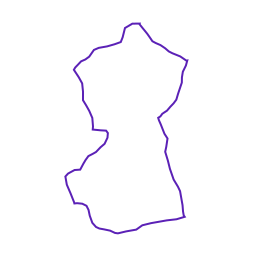 the district of Zardab District, Zərdab, Azerbaijan, rotated 80°
{"feature_id": "54616110B34042895235078", "entity_name": "Zardab District", "entity_type": "district", "adm_level": 2, "iso_a3": "AZE", "parent_name": "Azerbaijan", "parent_adm1": "Zərdab", "projection": "robinson", "projection_center": [47.712, 40.25], "detail": "fine", "context": "isolated", "style": "outline", "palette": "violet", "viewbox_px": 256, "rotation_deg": 80, "n_neighbors": 0, "source": "geoboundaries", "source_scale": "gbopen_adm2", "svg_char_len": 1373}
<svg xmlns="http://www.w3.org/2000/svg" viewBox="0 0 256 256"><g transform="rotate(80 128 128)"><path d="M27.2,98.4L26.0,105.6L29.0,113.6L37.7,117.5L42.1,120.2L43.0,125.5L43.2,126.7L44.0,134.4L44.0,142.9L45.2,148.0L51.0,153.8L53.1,158.1L54.2,162.6L59.3,169.5L61.3,171.2L69.4,167.7L76.1,165.4L84.4,166.0L92.8,167.5L98.4,165.3L104.4,163.2L111.9,161.4L120.4,162.2L123.4,163.0L125.5,155.5L126.8,150.0L129.5,148.7L134.0,149.9L139.5,153.8L142.2,158.4L146.1,163.7L147.3,167.1L148.8,171.9L152.2,175.4L154.2,177.1L155.1,177.9L160.7,182.3L160.1,187.9L161.9,193.3L162.5,195.0L164.9,198.1L173.2,198.1L182.5,195.9L191.7,194.0L193.0,193.9L193.2,191.2L194.6,186.2L197.4,182.4L201.8,181.1L207.7,180.9L215.2,179.6L219.9,176.7L222.0,173.7L223.7,169.1L226.0,163.4L229.1,159.0L230.0,156.2L229.5,147.8L229.5,137.5L226.3,130.8L225.7,121.8L225.7,105.9L226.3,96.1L225.3,87.6L223.8,88.3L219.8,88.3L213.5,87.7L206.9,87.7L199.2,87.7L194.5,89.0L186.7,92.0L175.5,93.8L167.0,94.4L157.9,95.5L153.2,93.6L145.2,90.9L140.0,93.1L130.2,95.1L125.7,96.2L123.2,96.5L122.2,94.1L119.9,91.7L117.7,86.6L114.4,82.6L111.7,78.9L108.5,75.5L102.9,72.7L99.6,70.9L92.6,67.1L87.5,66.1L82.1,64.2L76.5,60.1L71.8,57.9L71.8,58.8L66.6,64.1L64.1,68.1L62.1,71.3L59.7,74.5L55.9,77.6L52.8,80.8L52.0,81.6L49.1,86.0L46.8,88.9L41.9,91.1L38.5,92.7L31.7,96.5L27.7,98.7L27.2,98.4Z" fill="none" stroke="#5b21b6" stroke-width="2"/></g></svg>